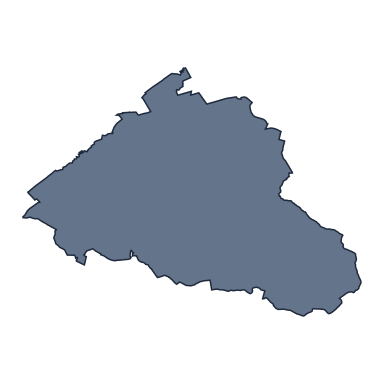 the district of Ulmeni, Maramures, Romania
{"feature_id": "2599482B24457515163522", "entity_name": "Ulmeni", "entity_type": "district", "adm_level": 2, "iso_a3": "ROU", "parent_name": "Romania", "parent_adm1": "Maramures", "projection": "natural_earth1", "projection_center": [23.289, 47.463], "detail": "fine", "context": "isolated", "style": "filled", "palette": "slate", "viewbox_px": 384, "rotation_deg": 0, "n_neighbors": 0, "source": "geoboundaries", "source_scale": "gbopen_adm2", "svg_char_len": 5938}
<svg xmlns="http://www.w3.org/2000/svg" viewBox="0 0 384 384"><path d="M338.3,306.9L341.8,302.9L341.7,301.6L341.2,300.0L339.4,298.4L346.1,293.5L348.6,292.2L351.7,291.8L353.3,292.6L354.2,292.3L355.6,290.4L357.0,290.0L358.7,288.6L359.0,287.0L360.9,283.0L361.0,281.9L360.6,280.4L358.7,276.5L358.4,275.1L357.3,273.5L357.1,271.0L355.5,267.0L355.6,265.0L355.0,263.2L355.0,262.4L355.9,261.4L356.4,258.7L355.6,255.5L355.6,254.3L355.0,253.4L354.3,252.9L351.3,251.3L349.7,250.8L347.1,249.5L344.4,248.7L343.3,247.5L343.1,246.8L343.4,245.6L343.1,244.3L342.6,243.6L341.3,242.5L341.1,242.1L341.4,238.5L341.8,237.1L342.6,235.8L342.8,235.2L342.6,234.9L339.4,233.5L338.2,232.3L335.7,230.8L334.3,229.8L331.2,229.5L329.6,229.0L326.7,229.1L320.7,226.6L320.0,225.8L319.3,224.5L316.8,222.4L316.3,221.7L315.5,221.3L315.1,221.2L313.6,220.1L312.0,219.6L310.7,218.5L309.7,218.1L309.2,217.2L308.5,216.8L308.4,216.4L306.5,214.1L306.0,212.8L305.4,212.0L304.3,211.9L302.8,210.6L302.0,210.4L300.7,208.8L300.5,208.3L299.4,207.2L296.8,205.8L296.0,204.9L295.1,204.6L294.2,203.4L293.4,203.3L293.1,202.9L292.1,202.4L291.6,201.1L290.0,200.7L288.7,200.9L288.0,200.5L287.6,200.6L287.4,200.4L286.6,200.3L284.1,200.2L283.2,199.4L283.0,199.0L281.1,198.4L280.6,197.9L280.5,196.9L280.2,196.4L279.6,196.2L279.8,196.0L279.0,195.0L278.8,194.3L279.4,193.1L280.4,192.4L280.7,191.9L280.7,190.6L280.4,189.8L280.0,188.0L280.2,187.0L281.5,185.6L282.2,184.5L283.4,181.1L286.4,179.4L286.2,179.1L286.3,178.9L287.0,178.4L287.6,177.5L289.1,176.6L288.9,176.4L289.0,173.1L292.4,173.0L292.2,172.2L285.4,160.7L283.8,159.1L283.0,157.7L282.2,154.7L281.5,153.5L281.9,151.8L282.7,150.4L282.9,148.0L284.6,141.0L279.0,139.5L280.8,131.8L281.0,131.5L276.5,129.3L274.0,128.5L271.9,128.1L270.3,128.1L265.4,129.1L267.8,123.9L267.1,123.7L266.0,121.5L264.1,119.7L262.8,119.1L255.2,116.8L253.3,115.6L251.1,112.2L250.0,107.9L249.9,105.8L250.3,104.8L252.1,102.6L246.8,97.9L245.6,97.3L243.9,97.0L241.1,97.6L241.0,99.1L239.7,99.1L237.9,98.6L236.9,97.9L236.2,96.9L226.5,98.4L206.8,104.1L198.8,92.8L190.7,95.1L191.4,91.3L177.8,95.2L176.3,91.7L176.7,91.2L176.6,89.8L177.5,89.7L178.4,90.0L179.0,89.9L179.5,89.4L179.8,88.4L183.0,86.4L183.0,86.0L182.5,85.1L183.1,83.9L182.5,82.8L182.6,82.3L183.3,81.3L183.2,80.9L190.8,77.5L185.5,68.0L185.1,68.3L183.8,68.0L183.1,68.5L182.9,69.0L183.7,69.8L183.8,70.3L183.7,70.5L181.9,70.3L181.5,70.5L181.5,70.8L182.6,71.3L182.8,71.7L182.8,72.1L182.3,72.1L180.5,71.3L180.0,71.5L181.1,73.4L180.9,74.1L180.4,75.0L177.4,74.0L173.2,73.8L172.1,73.5L170.6,74.3L163.4,79.4L162.7,80.2L152.4,87.2L145.1,92.7L146.0,93.8L144.5,94.7L141.9,97.7L143.1,98.8L150.7,111.6L145.8,113.4L145.3,113.4L145.1,113.2L138.6,115.1L138.0,114.8L136.2,112.3L135.4,112.1L130.4,112.4L129.8,112.2L129.8,112.3L122.5,112.8L122.6,113.5L117.7,114.2L116.6,115.1L118.3,115.1L119.1,115.3L119.3,115.9L119.9,116.3L122.1,119.2L116.9,123.4L115.3,125.4L114.6,126.7L114.2,127.0L112.2,132.0L112.4,132.3L112.2,132.7L112.9,132.9L112.5,133.6L112.0,133.5L111.9,133.3L107.8,133.9L107.2,134.7L106.3,135.0L105.3,135.7L102.4,135.3L101.6,139.2L96.5,140.9L94.8,141.8L94.2,142.6L94.3,144.2L92.6,145.0L91.2,146.1L91.5,147.1L90.3,147.8L88.2,149.6L87.4,151.4L86.7,151.8L86.4,151.2L85.7,151.3L84.2,150.8L83.6,152.3L82.9,152.6L82.3,151.1L81.8,150.9L81.0,151.4L81.7,152.2L81.5,153.3L81.1,153.4L79.6,152.3L79.2,152.7L80.1,153.8L79.7,154.1L78.5,154.2L78.5,154.6L79.0,154.9L79.3,155.6L79.3,156.0L79.1,156.7L78.4,157.0L76.4,156.7L76.4,157.0L77.0,157.7L76.6,158.4L76.1,158.9L74.4,159.0L73.9,160.4L72.7,161.1L72.5,162.5L72.3,162.9L69.6,163.1L67.1,165.0L65.9,166.4L63.2,167.2L62.9,167.9L62.7,169.5L60.6,169.8L56.7,171.1L55.6,170.4L53.3,172.1L52.5,173.0L49.6,175.1L49.1,175.7L48.3,176.1L47.4,177.1L35.9,185.6L30.3,190.2L29.1,191.4L28.0,192.0L28.4,192.6L28.1,192.8L32.6,197.4L34.8,200.0L36.3,199.0L36.8,199.0L39.8,202.2L39.8,202.4L38.9,202.2L38.4,202.4L30.7,207.9L29.8,208.4L27.3,211.0L24.9,215.0L23.0,216.8L23.4,217.0L23.2,217.7L26.3,218.0L30.5,217.1L31.2,217.7L34.8,218.8L37.7,218.6L42.1,221.6L46.1,223.7L47.1,224.5L56.2,229.5L56.4,229.8L55.2,230.6L55.0,231.2L55.2,234.3L54.6,235.3L53.8,238.0L55.3,241.8L55.8,243.7L58.1,245.5L59.9,247.4L63.7,249.3L64.8,250.2L67.3,255.1L74.6,255.2L75.2,256.4L75.7,258.1L77.1,257.4L77.4,257.8L77.0,259.1L76.4,260.0L76.4,261.1L84.1,264.8L84.4,264.9L86.3,256.6L85.0,256.1L83.8,254.8L85.0,254.0L85.2,253.1L86.8,250.9L92.9,248.8L95.4,250.9L100.9,254.0L100.7,254.7L104.0,255.9L107.9,258.6L109.9,259.5L112.2,260.3L114.8,260.7L115.6,260.7L116.9,260.2L118.4,260.3L128.2,259.3L130.2,258.7L131.1,257.1L130.1,256.5L130.1,254.5L130.5,253.2L130.4,252.1L131.2,250.3L131.4,250.3L131.9,251.5L133.5,252.8L132.7,253.4L132.5,254.4L132.5,256.0L134.1,255.6L136.0,256.0L136.5,255.9L138.4,260.1L139.4,261.0L141.4,262.1L143.8,262.6L144.8,263.3L145.7,264.4L148.1,264.7L148.9,266.4L150.8,268.6L151.5,268.7L151.6,269.3L157.4,277.5L160.7,276.7L164.7,275.3L166.0,275.7L166.3,276.0L167.1,276.4L168.1,276.5L168.7,277.3L169.7,277.5L170.4,278.6L171.6,279.3L175.0,283.0L176.6,284.2L178.0,283.4L179.1,282.2L179.5,282.0L181.7,283.0L186.0,285.4L191.0,285.8L194.8,284.7L196.0,283.7L197.4,283.2L199.9,281.8L203.9,280.8L210.1,280.2L211.7,289.9L215.2,289.3L217.3,289.1L219.9,289.8L222.0,289.8L224.1,290.1L227.7,291.2L228.6,291.3L230.2,290.4L231.5,290.3L233.1,290.7L237.9,290.1L240.4,290.5L242.6,289.9L244.3,290.0L245.1,290.2L247.1,292.0L249.9,293.6L250.6,293.5L251.6,293.0L252.5,291.6L252.6,291.1L252.2,289.4L252.5,288.3L253.6,287.8L256.3,287.2L259.3,288.1L261.0,289.8L262.6,290.3L264.8,290.7L262.6,298.8L264.2,298.7L265.8,297.6L266.8,298.1L269.3,300.6L270.2,301.8L272.8,303.8L273.5,304.6L273.4,305.4L275.8,308.2L276.8,308.8L278.1,309.4L281.5,309.3L283.5,309.1L288.4,310.2L290.1,310.2L297.1,314.0L298.9,314.4L303.0,316.0L304.3,315.7L307.4,313.3L311.6,311.6L312.1,311.2L312.5,309.0L312.8,308.8L319.7,309.0L323.9,309.5L325.1,310.1L327.7,313.0L328.5,313.5L329.2,313.7L331.9,312.4L335.8,309.3L337.7,307.1L338.3,306.9Z" fill="#64748b" stroke="#1e293b" stroke-width="1.5"/></svg>